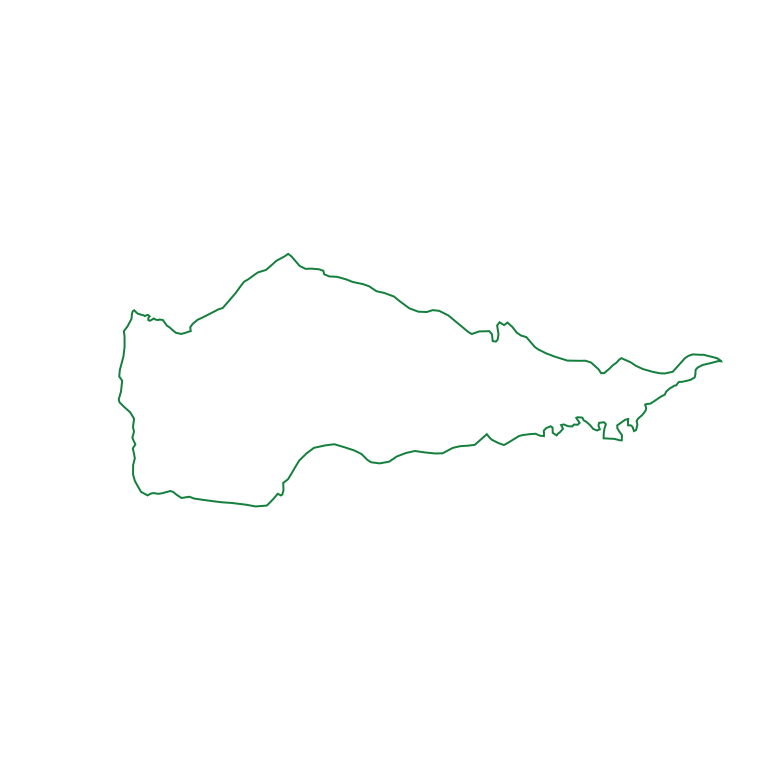 Wedjah, Sinoe, Liberia, rotated 222°
{"feature_id": "62588387B38040387852125", "entity_name": "Wedjah", "entity_type": "district", "adm_level": 2, "iso_a3": "LBR", "parent_name": "Liberia", "parent_adm1": "Sinoe", "projection": "orthographic", "projection_center": [-8.85, 5.295], "detail": "fine", "context": "isolated", "style": "outline", "palette": "green", "viewbox_px": 768, "rotation_deg": 222, "n_neighbors": 0, "source": "geoboundaries", "source_scale": "gbopen_adm2", "svg_char_len": 3994}
<svg xmlns="http://www.w3.org/2000/svg" viewBox="0 0 768 768"><g transform="rotate(222 384 384)"><path d="M148.6,626.5L149.1,626.7L153.8,626.0L157.3,624.2L163.9,620.7L166.3,619.4L168.4,617.4L174.3,612.7L176.5,608.8L177.6,604.8L177.6,596.5L177.6,590.6L177.6,586.3L179.4,583.8L182.3,579.8L185.7,576.9L187.6,575.7L192.9,572.6L196.2,571.0L201.5,568.4L208.8,566.1L215.1,565.2L224.9,562.0L225.5,559.5L225.5,557.3L225.5,555.5L226.5,550.8L226.7,546.5L227.6,539.6L229.8,537.3L234.4,538.5L244.5,538.5L249.7,536.2L250.4,535.6L254.2,532.1L256.7,529.9L263.4,524.1L275.7,518.5L284.2,515.2L292.2,513.0L296.5,512.4L309.6,514.1L314.6,511.7L319.5,511.0L327.0,512.3L333.3,512.3L334.2,508.1L339.4,507.2L339.1,503.2L332.2,497.6L329.2,492.9L329.2,490.4L331.9,488.6L336.9,493.1L341.0,493.8L348.4,486.8L352.2,479.9L356.7,479.0L363.4,478.8L365.7,478.7L382.1,478.0L391.9,475.3L397.2,471.5L400.4,466.1L406.9,460.7L415.8,457.2L427.9,456.0L435.1,455.7L445.0,451.7L451.7,447.9L453.8,447.6L457.9,447.0L460.3,446.7L466.2,444.3L475.5,438.9L482.0,436.5L488.9,433.1L490.6,432.2L496.7,427.3L501.1,425.8L501.8,425.5L504.8,427.5L509.0,425.8L515.0,421.3L519.3,417.1L525.7,415.3L538.1,416.9L542.3,416.6L542.5,415.7L543.2,412.6L546.4,403.6L547.3,395.4L548.0,389.8L552.4,382.5L553.3,378.7L554.9,371.1L556.4,366.4L556.0,360.3L555.1,352.5L554.7,332.5L557.0,328.7L560.6,319.1L563.5,311.6L565.5,307.0L566.4,300.7L566.0,296.6L563.0,293.9L564.2,292.2L566.0,288.8L568.2,285.5L573.0,282.8L576.6,282.6L581.3,282.6L584.5,282.1L591.2,283.6L594.1,281.6L594.6,280.4L596.6,279.1L599.0,278.6L599.7,275.7L600.6,274.1L602.2,273.9L603.4,275.7L603.4,277.5L604.9,277.5L606.0,277.1L607.2,274.4L608.1,274.4L611.3,272.8L614.2,271.5L616.9,271.5L618.9,271.7L619.4,270.1L618.4,267.7L615.2,263.4L613.1,254.9L612.7,249.2L608.8,245.9L601.7,238.1L596.1,230.2L589.7,217.7L585.8,212.4L580.8,211.3L574.4,202.4L570.9,195.2L568.4,193.4L562.0,193.1L553.5,193.1L546.4,190.9L541.8,184.1L537.9,181.3L535.0,175.6L528.3,172.7L527.6,168.1L522.6,164.5L519.4,162.0L516.2,155.9L509.9,148.8L504.2,145.2L492.5,141.3L491.7,141.4L489.1,142.1L485.2,143.0L483.9,146.7L482.1,148.9L478.4,151.2L475.9,154.2L471.2,161.5L468.4,162.7L464.1,162.9L458.2,163.8L453.2,170.0L448.5,171.8L445.0,174.1L431.6,183.2L425.1,187.8L417.7,193.6L405.6,202.1L397.5,207.1L389.7,215.3L389.3,224.5L389.5,231.3L385.9,232.3L385.7,234.0L387.6,237.8L392.7,243.0L391.6,249.1L392.8,255.4L394.4,263.1L395.8,270.6L395.2,279.1L395.2,280.3L394.2,285.2L393.4,289.6L386.8,298.8L386.3,299.4L380.6,306.0L370.1,311.0L366.6,312.5L362.0,314.6L353.9,316.9L345.8,316.5L343.0,316.9L341.3,317.2L334.2,322.0L328.2,329.7L326.0,338.7L321.6,347.3L316.2,354.9L307.4,360.8L299.4,366.7L294.0,371.8L293.3,373.8L292.0,377.4L290.2,382.4L286.0,388.5L279.9,394.8L279.6,395.2L275.8,399.6L274.0,415.5L269.7,414.8L266.7,414.7L259.6,416.6L254.0,418.9L252.3,424.0L248.9,435.6L247.2,438.2L246.6,439.0L242.1,444.3L238.1,448.4L233.4,450.0L230.3,452.3L231.9,454.2L234.0,456.2L234.0,459.6L231.9,464.1L229.6,464.4L225.9,460.6L221.4,461.3L221.5,463.6L221.0,465.6L221.0,470.5L224.9,472.0L223.4,474.2L220.4,475.3L219.0,475.8L215.7,478.4L215.7,481.0L212.8,483.3L212.6,486.0L218.4,487.4L218.0,488.7L215.3,490.9L214.0,491.7L211.3,490.6L208.2,491.3L203.4,491.3L198.3,490.6L194.5,492.1L193.3,494.7L196.8,496.6L198.2,499.0L194.9,502.8L192.2,502.6L190.2,498.1L187.4,494.0L184.4,490.6L183.1,491.7L180.6,493.7L176.2,497.3L170.9,500.1L169.6,501.2L172.9,505.2L177.8,506.3L180.9,507.2L183.0,509.3L181.8,514.5L180.8,518.9L179.1,521.4L177.9,519.7L175.0,516.6L172.9,518.4L170.8,518.5L166.7,516.3L166.1,517.8L165.9,518.5L168.3,523.1L171.6,525.7L172.0,528.7L171.3,533.8L171.8,539.3L172.9,541.4L176.1,543.4L175.5,544.9L172.9,547.6L172.0,551.0L171.8,551.5L171.5,552.9L169.9,559.5L168.2,564.0L169.2,567.1L168.7,571.7L167.0,577.3L165.9,578.6L166.2,580.5L166.2,583.0L164.0,585.0L161.1,589.0L158.9,592.4L158.5,593.8L157.5,596.6L158.8,599.2L160.3,601.1L161.9,603.0L161.9,606.2L159.9,611.4L155.5,617.7L151.0,624.6L148.6,626.5Z" fill="none" stroke="#15803d" stroke-width="2"/></g></svg>